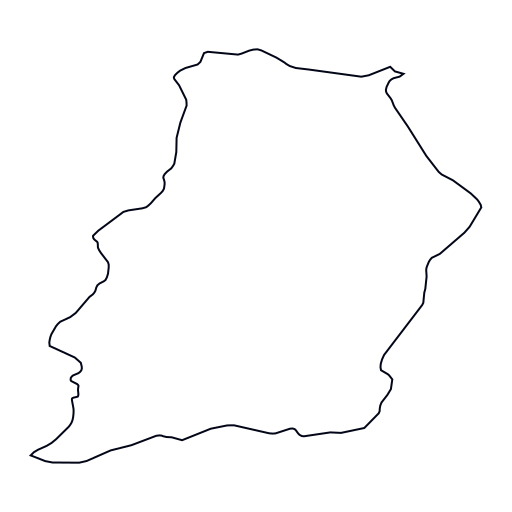 SVG path tracing the border of Samangan
{"feature_id": "AFG-1773", "entity_name": "Samangan", "entity_type": "Province", "adm_level": 1, "iso_a3": "AFG", "parent_name": "Afghanistan", "parent_adm1": "", "projection": "robinson", "projection_center": [67.514, 36.0], "detail": "fine", "context": "isolated", "style": "outline", "palette": "ink", "viewbox_px": 512, "rotation_deg": 0, "n_neighbors": 0, "source": "natural_earth", "source_scale": "10m", "svg_char_len": 2717}
<svg xmlns="http://www.w3.org/2000/svg" viewBox="0 0 512 512"><path d="M257.5,49.3L261.3,50.4L276.4,57.6L284.6,62.6L286.2,63.9L289.7,66.0L295.8,68.0L308.6,69.5L361.3,76.7L368.7,75.3L390.2,66.8L394.9,71.4L403.5,73.8L399.7,76.6L393.6,78.2L391.4,79.4L389.7,80.9L388.6,82.7L386.6,86.9L385.9,89.8L386.1,91.7L386.9,93.5L390.6,98.3L391.8,100.3L393.7,105.3L395.0,107.8L407.9,126.6L426.3,155.9L438.7,171.9L441.7,174.5L452.9,180.3L470.6,193.3L477.1,199.4L478.7,201.5L480.7,204.8L481.3,207.4L469.6,226.8L464.4,232.7L439.8,253.9L431.8,257.8L430.1,259.8L428.8,261.9L427.0,266.3L426.4,268.2L426.2,270.2L426.5,274.6L426.6,276.6L425.3,288.9L424.3,292.6L423.3,302.8L422.2,305.0L384.1,354.9L382.1,359.3L380.8,363.7L380.6,365.8L380.5,367.3L381.0,370.2L387.8,374.2L389.1,375.3L392.3,379.4L390.9,389.1L387.4,394.9L381.5,402.5L380.3,405.5L379.8,408.3L379.6,411.3L378.7,413.3L364.3,428.0L341.0,432.9L330.3,432.4L303.8,436.3L301.7,436.0L299.5,434.8L298.1,433.4L295.9,430.3L294.6,429.1L292.6,428.5L290.0,428.7L275.5,433.4L272.7,433.6L269.2,433.3L234.0,425.3L227.3,425.4L210.8,428.7L182.1,440.2L171.7,437.3L166.4,437.0L163.1,436.2L161.6,435.6L159.3,435.4L156.2,435.8L131.4,445.2L110.7,450.4L86.6,461.0L79.2,462.7L52.5,462.5L45.2,461.1L30.7,455.4L33.9,452.2L38.1,449.7L46.6,445.9L51.6,442.9L56.1,439.2L68.7,426.8L70.3,424.7L71.6,422.5L72.5,420.1L73.1,417.4L73.5,413.8L73.6,411.0L73.5,408.7L72.0,400.5L71.9,399.2L72.0,398.6L72.5,398.1L73.4,397.7L77.1,396.8L77.9,396.5L78.2,395.6L78.4,394.3L78.0,390.1L78.1,388.5L78.5,385.8L78.1,385.0L77.2,384.1L71.3,381.1L70.6,380.0L70.8,377.9L71.8,376.5L73.1,375.4L78.1,373.3L79.6,372.3L80.6,371.3L81.3,370.3L81.6,369.4L81.8,368.6L81.8,367.6L81.7,366.4L80.8,362.8L74.8,357.5L49.7,346.0L49.3,342.5L49.7,339.9L50.3,337.2L51.4,334.2L55.9,326.4L57.8,324.0L60.3,321.7L70.2,317.1L75.8,312.9L85.9,301.1L89.5,296.9L92.8,294.4L94.2,292.8L95.4,290.7L96.3,287.5L97.4,285.3L99.5,283.5L103.8,281.3L105.5,280.0L106.9,277.3L108.0,273.7L108.7,267.5L108.7,264.6L108.0,262.2L100.8,252.8L99.1,250.1L98.1,248.0L97.9,247.3L97.8,244.0L97.6,242.7L97.2,241.8L96.5,241.3L94.9,240.0L93.9,239.0L93.3,238.0L93.1,236.9L93.0,236.2L93.1,235.7L98.4,230.6L123.4,211.9L128.4,210.4L142.4,208.3L146.2,207.2L148.3,205.6L150.9,203.2L155.4,198.0L160.9,193.0L162.7,191.0L164.0,188.6L164.6,184.3L164.6,182.2L164.1,180.1L163.6,178.6L163.3,177.6L163.6,176.0L164.7,174.1L167.1,171.6L171.3,168.3L173.1,165.8L174.3,163.7L176.3,152.1L176.6,137.8L180.4,122.5L186.6,105.6L186.5,102.2L186.2,99.7L179.1,85.3L174.5,79.3L174.1,78.5L173.9,77.8L173.9,77.0L174.4,76.2L175.2,74.9L177.6,72.6L180.2,70.6L185.5,68.0L197.6,64.5L200.4,61.9L204.0,53.1L207.8,51.8L238.0,54.6L241.6,53.6L249.3,50.6L253.3,49.6L257.5,49.3Z" fill="none" stroke="#020617" stroke-width="2"/></svg>